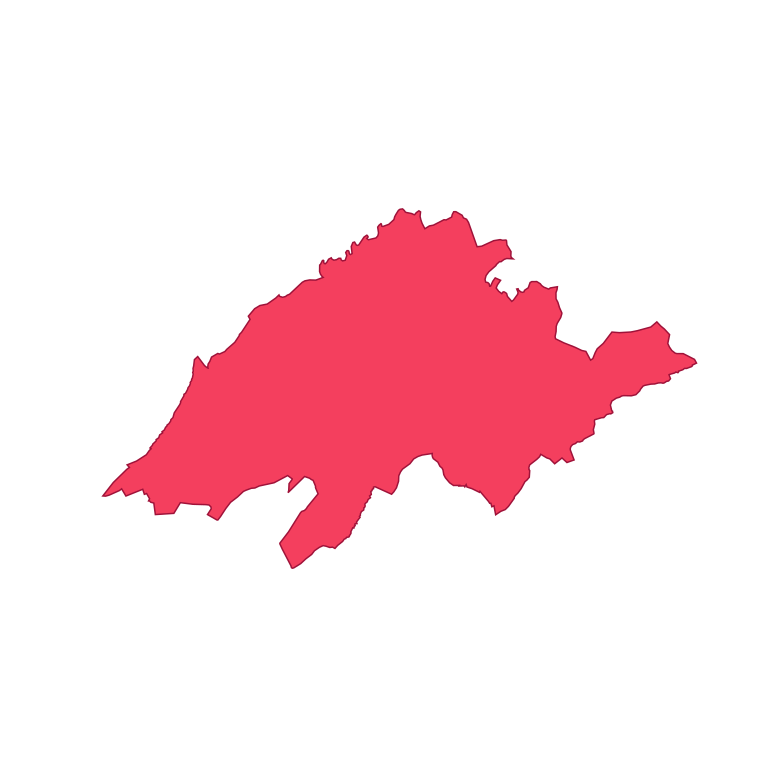 outline of Halmasd, Salaj, Romania, rotated 161°
{"feature_id": "2599482B57366951483701", "entity_name": "Halmasd", "entity_type": "district", "adm_level": 2, "iso_a3": "ROU", "parent_name": "Romania", "parent_adm1": "Salaj", "projection": "equal_earth", "projection_center": [22.598, 47.158], "detail": "fine", "context": "isolated", "style": "filled", "palette": "rose", "viewbox_px": 768, "rotation_deg": 161, "n_neighbors": 0, "source": "geoboundaries", "source_scale": "gbopen_adm2", "svg_char_len": 6147}
<svg xmlns="http://www.w3.org/2000/svg" viewBox="0 0 768 768"><g transform="rotate(161 384 384)"><path d="M672.0,379.0L686.3,369.7L683.7,368.6L680.1,368.4L668.7,369.4L666.2,370.3L664.5,362.1L646.4,363.0L646.5,357.7L644.1,357.7L643.0,351.8L644.7,350.1L643.7,349.6L643.0,348.1L640.4,346.4L642.7,335.0L624.8,330.1L615.2,338.1L603.8,332.5L591.6,327.9L588.9,326.6L587.7,324.3L587.8,323.0L588.1,322.2L593.4,318.0L586.2,309.8L585.4,309.5L581.7,311.9L574.1,317.8L567.6,322.1L559.3,324.9L551.9,328.2L548.9,328.5L543.4,328.6L539.9,327.7L535.1,328.2L520.1,326.4L504.9,328.8L501.7,324.2L501.9,323.7L506.2,320.7L508.7,314.4L510.1,312.5L489.2,322.4L485.0,319.1L483.8,317.3L482.4,316.0L482.0,309.6L482.4,308.8L482.5,307.5L482.1,301.6L496.4,292.8L497.9,291.5L500.4,290.3L503.3,290.3L504.8,289.5L522.4,275.3L534.3,267.4L534.5,266.7L533.9,260.8L531.2,242.6L531.3,240.5L530.7,239.7L529.2,239.5L521.2,241.3L514.9,244.1L507.7,246.5L504.0,249.0L498.3,250.6L494.2,251.0L491.6,249.5L488.5,247.1L485.8,246.5L483.9,244.5L480.3,246.5L474.4,248.6L472.1,250.3L470.4,250.3L469.5,251.2L467.0,250.8L466.3,251.3L466.0,252.1L465.1,252.4L463.6,253.9L463.6,254.9L460.4,258.2L459.4,257.6L458.2,259.4L457.4,259.4L457.2,260.9L456.8,261.2L455.0,260.8L455.0,262.4L450.0,265.8L450.3,266.9L449.1,267.5L448.7,268.8L446.9,270.7L444.2,271.5L443.3,273.5L442.6,273.6L441.5,274.8L441.4,276.1L440.7,277.1L438.3,278.0L436.6,280.0L433.8,280.9L434.1,282.9L432.0,283.6L431.4,286.7L430.2,287.0L429.2,288.4L428.0,288.4L427.5,289.9L425.9,289.8L412.7,277.3L409.9,278.8L406.0,281.8L401.9,287.3L399.9,292.4L397.0,295.5L394.2,297.5L385.4,300.2L380.3,303.5L375.6,304.4L371.0,304.4L361.0,302.6L361.6,301.3L361.9,299.3L361.7,297.4L358.5,292.6L357.9,288.0L356.5,285.6L356.2,283.6L357.0,278.8L356.5,275.4L354.1,269.2L351.3,265.4L345.7,263.6L346.3,263.1L341.5,261.6L341.1,260.4L339.1,262.1L339.1,259.6L334.9,256.4L329.0,250.5L328.2,251.3L323.4,238.9L322.9,236.8L321.8,236.4L322.0,232.8L319.7,233.0L321.0,224.0L314.9,225.6L310.2,225.8L306.1,227.8L298.1,233.5L297.7,234.5L296.3,235.7L292.9,237.3L288.4,240.4L282.5,245.8L280.2,246.6L277.0,248.5L274.4,254.7L274.8,256.0L274.5,256.3L274.4,257.6L272.6,260.1L264.1,263.0L260.6,264.6L258.7,266.5L254.1,261.1L251.6,259.2L248.6,253.0L239.8,256.1L236.6,250.2L229.0,250.3L229.3,260.9L229.0,262.1L227.7,264.0L225.4,265.3L222.3,265.4L220.0,266.4L217.7,265.4L214.8,265.5L213.9,266.3L212.2,267.0L201.9,268.5L201.5,269.0L200.9,272.7L197.8,277.4L197.1,280.6L196.4,281.6L189.4,281.3L187.1,280.7L183.5,282.6L180.1,282.4L179.3,281.9L177.0,282.4L176.8,284.0L177.4,284.5L176.8,290.4L174.1,293.7L168.9,295.0L165.4,294.8L163.2,295.3L161.2,295.0L153.9,292.3L149.3,291.9L144.4,294.3L143.1,295.6L139.7,297.7L137.7,297.8L131.7,297.0L128.0,295.9L124.4,295.7L121.8,295.0L119.9,293.9L118.7,293.8L116.0,294.5L113.9,294.2L111.4,295.7L111.5,300.0L111.1,300.1L105.5,299.8L104.2,300.3L102.4,299.0L101.4,299.6L101.3,300.2L96.8,300.2L94.8,300.9L92.8,300.2L87.5,300.3L86.5,300.8L86.3,301.5L81.7,302.0L82.4,306.2L91.2,315.3L97.2,317.4L98.6,318.3L101.0,322.0L102.1,326.1L102.5,329.9L97.9,337.7L101.0,344.7L103.5,348.8L105.8,353.9L113.2,351.0L127.1,351.9L133.7,352.8L144.7,355.9L151.6,358.9L163.4,351.0L170.9,347.9L174.0,345.0L178.3,340.0L180.9,339.3L182.5,349.1L186.1,351.3L191.6,356.7L200.5,364.3L207.1,370.9L206.8,373.1L204.2,377.6L202.4,382.4L200.5,384.9L195.3,389.3L193.0,392.5L192.7,393.3L193.2,399.0L193.0,404.6L193.6,408.5L191.7,414.3L189.6,417.0L188.4,419.5L195.5,420.7L197.4,420.1L201.4,423.6L202.9,425.8L203.6,427.9L206.2,431.1L210.9,432.7L212.8,432.4L216.3,428.0L220.7,426.8L221.5,425.6L223.1,425.5L224.7,426.6L226.2,429.1L226.2,430.4L227.6,430.6L227.4,427.1L228.3,425.4L234.3,421.2L236.3,420.5L238.8,426.6L238.6,429.6L239.2,430.6L240.3,431.9L241.4,432.3L243.2,431.1L245.4,434.3L246.7,438.2L244.6,440.7L240.0,444.1L244.3,448.1L247.6,445.8L251.4,441.8L252.2,442.0L252.0,444.6L252.8,446.1L254.7,447.2L254.4,450.0L252.2,453.3L248.3,456.0L239.5,459.6L239.0,460.3L234.9,462.1L233.6,461.5L229.8,462.7L227.1,462.7L221.2,460.3L222.5,462.3L222.3,464.0L220.8,467.8L222.5,475.5L221.5,479.7L221.8,480.4L225.1,481.3L227.2,482.7L233.6,483.8L246.8,482.5L251.3,483.5L251.5,509.1L252.3,512.9L254.8,515.2L255.2,518.1L259.9,523.5L262.0,524.2L264.3,522.0L265.7,519.8L271.9,518.9L273.8,519.8L285.6,518.1L289.6,518.7L294.8,517.5L295.7,523.5L295.7,527.4L295.3,530.8L293.4,534.8L294.6,536.4L297.7,535.5L299.9,534.1L300.4,534.3L302.4,536.2L307.2,539.0L307.9,539.8L308.3,541.4L309.4,543.5L312.0,544.0L313.8,543.5L317.6,540.4L319.5,538.6L321.1,536.2L327.5,533.4L333.7,533.3L334.7,533.9L334.4,536.2L334.7,536.6L336.9,535.8L338.9,534.4L340.0,528.6L340.8,527.3L341.7,526.0L344.1,524.7L351.8,525.5L352.9,527.2L351.1,528.2L351.4,529.9L351.9,530.3L355.1,529.4L362.6,523.7L364.0,523.7L364.9,524.4L365.6,527.8L367.4,527.9L370.2,524.7L371.7,517.7L373.6,517.3L374.3,518.2L374.0,521.1L374.5,521.8L375.6,522.1L377.4,520.8L377.4,517.5L380.4,513.6L383.1,513.9L384.1,515.3L384.0,516.9L385.7,517.6L388.4,517.0L391.1,517.4L392.6,519.1L392.8,520.5L395.8,520.0L398.0,518.0L400.2,516.8L401.2,517.3L401.4,518.6L400.8,520.2L401.1,520.7L402.0,520.8L405.0,517.9L406.1,517.4L408.3,511.3L408.3,508.5L407.6,506.0L406.8,504.6L414.6,504.4L420.4,506.6L425.2,507.3L428.1,506.8L444.1,499.6L446.5,499.5L448.7,498.8L451.6,499.0L454.2,500.9L454.3,502.4L458.4,500.5L468.4,497.6L475.8,498.6L481.8,497.3L490.2,492.3L489.6,488.7L501.8,479.3L504.6,477.9L504.8,477.3L505.7,476.4L511.5,472.0L521.3,468.0L523.9,466.5L529.9,465.9L531.2,467.0L538.3,465.6L541.3,462.1L543.8,460.1L545.1,457.5L545.2,456.4L545.9,456.9L547.7,459.8L551.2,470.6L555.3,468.8L558.1,463.0L559.5,460.9L560.2,458.2L561.1,457.3L561.2,455.5L563.4,451.8L564.3,451.2L564.8,449.9L566.7,448.6L566.9,447.5L568.6,445.5L570.4,444.4L571.6,442.7L574.7,439.8L576.5,439.4L577.1,437.9L582.1,433.6L582.4,432.5L584.0,430.9L591.7,425.0L594.5,420.9L597.1,419.7L597.7,418.5L600.3,416.5L602.5,415.8L603.0,414.9L604.6,414.2L606.6,412.1L609.5,411.1L609.2,409.9L612.7,408.9L614.5,406.5L617.6,405.6L617.7,404.8L618.1,404.3L622.3,402.4L622.8,401.5L626.1,399.7L625.3,398.6L627.6,397.5L631.7,394.5L643.1,391.7L653.2,391.2L651.9,388.0L654.9,387.1L672.0,379.0Z" fill="#f43f5e" stroke="#9f1239" stroke-width="1.5"/></g></svg>